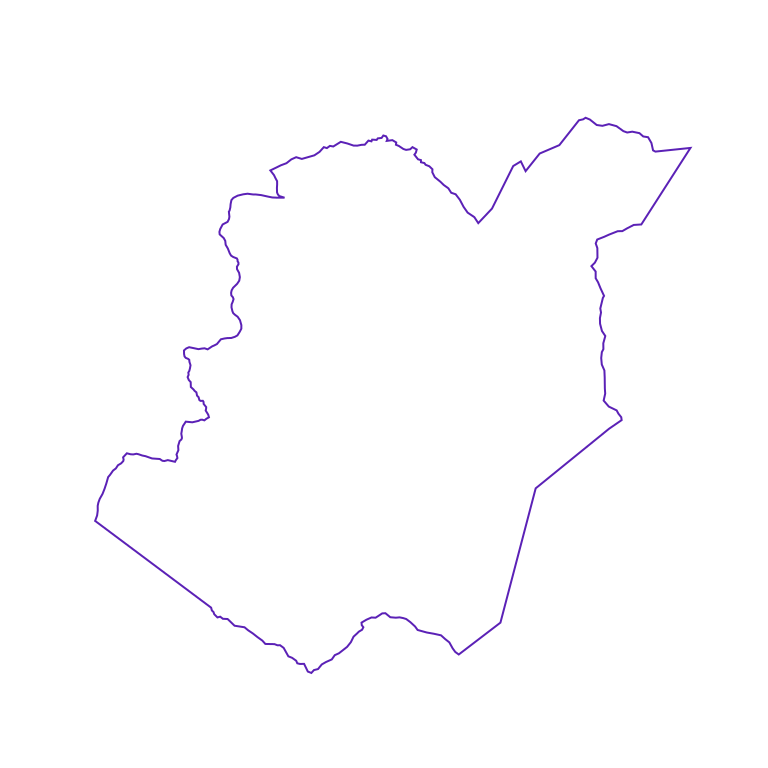 the district of Gumine District, Chimbu, Papua New Guinea, rotated 10°
{"feature_id": "67681753B36578207739625", "entity_name": "Gumine District", "entity_type": "district", "adm_level": 2, "iso_a3": "PNG", "parent_name": "Papua New Guinea", "parent_adm1": "Chimbu", "projection": "orthographic", "projection_center": [144.798, -6.194], "detail": "fine", "context": "isolated", "style": "outline", "palette": "violet", "viewbox_px": 768, "rotation_deg": 10, "n_neighbors": 0, "source": "geoboundaries", "source_scale": "gbopen_adm2", "svg_char_len": 4458}
<svg xmlns="http://www.w3.org/2000/svg" viewBox="0 0 768 768"><g transform="rotate(10 384 384)"><path d="M123.3,569.0L252.6,634.3L253.8,636.9L255.7,638.2L256.8,640.2L260.5,642.8L263.1,641.6L266.1,643.2L270.8,642.6L272.9,644.0L278.8,648.0L288.9,647.8L292.9,650.1L298.1,652.4L303.3,655.2L308.7,657.8L312.3,660.6L321.3,659.2L324.4,659.8L327.0,659.3L331.0,661.3L337.1,668.8L341.0,669.6L345.6,671.8L347.1,674.1L349.7,674.3L353.9,673.5L358.9,680.4L362.6,681.2L364.7,677.9L368.5,676.2L371.4,671.0L375.1,667.9L380.4,664.3L382.6,659.6L386.4,657.0L393.3,649.3L396.2,644.0L397.9,638.1L400.9,634.2L402.2,632.3L405.1,629.8L405.9,627.1L404.0,625.4L403.3,622.9L407.6,619.2L412.2,616.1L416.3,615.6L418.5,613.6L422.1,610.2L425.2,609.5L430.7,612.6L436.2,612.1L439.9,611.1L443.6,611.2L446.7,611.6L451.4,614.0L456.7,617.4L459.8,620.4L469.3,621.3L476.4,621.3L483.8,621.6L488.6,624.6L493.2,627.1L497.5,632.4L500.7,635.5L504.6,637.4L540.1,598.8L551.5,460.4L613.4,389.0L624.3,378.3L623.4,375.5L620.0,372.5L617.7,369.6L609.3,367.2L603.2,362.2L603.5,355.0L602.3,350.2L600.2,339.2L598.7,332.4L595.1,327.0L593.4,320.7L593.0,314.8L594.0,311.6L592.9,305.8L593.6,298.3L589.4,293.9L586.3,287.1L585.2,281.6L585.3,275.9L583.9,272.1L584.6,261.2L585.4,259.0L580.7,252.3L577.1,246.6L574.1,243.1L572.9,236.5L567.8,231.9L570.6,227.9L572.3,222.6L570.5,213.1L568.1,208.8L568.9,204.7L575.3,200.8L579.7,197.8L587.7,192.9L592.1,192.1L596.5,188.4L602.3,184.0L609.7,182.2L644.8,98.3L610.9,108.0L608.4,107.2L605.5,100.2L601.2,95.1L596.3,95.2L592.0,92.6L584.7,92.4L579.8,94.1L575.8,93.4L568.2,89.7L560.4,89.0L554.3,91.8L548.5,92.0L540.8,87.8L536.3,86.8L534.1,88.8L530.2,90.4L515.2,118.3L497.3,130.0L486.5,149.8L480.1,141.0L473.4,146.9L459.9,192.5L448.9,209.2L444.0,204.0L436.6,200.7L431.6,195.7L426.7,189.4L421.6,184.7L417.0,184.0L413.4,180.1L408.2,177.6L404.4,175.0L398.1,171.5L394.8,167.1L394.4,164.1L390.8,161.7L386.9,160.9L385.4,159.4L381.9,159.2L381.5,157.1L378.5,156.8L374.1,152.9L375.2,150.6L375.5,147.4L370.9,145.8L369.0,148.3L365.1,149.6L362.3,149.2L357.3,147.0L354.2,146.3L354.1,144.0L349.9,142.4L344.5,144.1L344.9,142.0L343.0,139.7L340.2,139.4L338.9,142.1L335.2,143.2L334.4,144.9L329.9,145.4L329.5,147.2L326.4,147.0L323.5,151.7L320.5,152.3L316.3,153.9L312.7,154.5L306.2,153.5L299.4,153.0L292.8,158.9L289.4,158.9L286.8,161.6L283.6,161.2L280.2,166.6L275.7,170.9L264.0,176.6L258.1,175.9L253.7,178.9L249.6,183.5L244.5,186.5L240.0,189.8L235.0,193.4L239.4,197.4L241.5,200.3L243.5,202.8L244.1,206.0L244.5,209.5L245.4,213.9L246.6,215.8L248.3,217.1L253.7,217.8L246.2,219.1L241.5,219.7L237.4,219.6L230.3,219.3L225.1,219.6L221.8,220.1L216.6,220.3L212.5,221.6L207.2,223.9L203.3,226.9L201.8,229.4L201.7,233.5L202.0,236.8L201.8,240.1L201.3,241.2L202.7,246.1L202.7,248.5L201.8,251.5L197.4,254.9L195.8,259.8L195.5,262.8L196.2,265.2L200.8,268.1L202.8,270.6L203.9,274.4L206.7,277.7L209.4,282.1L211.1,284.1L213.4,285.1L217.3,285.9L218.2,287.1L218.5,288.6L219.5,289.6L219.9,291.3L218.8,294.0L219.3,296.4L222.0,299.7L223.5,303.8L223.5,307.4L222.0,310.8L218.7,315.4L217.7,318.2L217.6,320.8L218.3,323.3L220.1,324.8L221.1,326.5L220.7,329.5L220.1,332.0L220.5,335.0L222.1,338.7L223.2,340.4L225.2,341.7L228.2,343.2L231.1,346.2L233.3,350.8L233.9,354.3L232.9,357.5L231.2,361.6L229.0,363.4L225.6,365.2L221.7,366.0L218.9,366.9L215.6,368.3L212.5,373.7L210.0,375.6L208.3,376.7L204.3,380.5L201.1,380.0L198.3,380.8L195.2,381.9L189.3,381.7L185.7,381.6L183.1,383.3L181.2,385.7L181.9,389.2L182.8,391.5L184.2,392.7L186.8,393.3L188.0,394.0L188.6,396.1L190.2,399.1L190.2,402.3L190.0,404.9L189.3,406.7L190.0,408.9L189.4,411.3L191.1,414.0L193.3,415.7L194.3,420.5L197.4,422.5L198.7,423.7L200.7,424.8L201.9,427.9L203.7,429.2L204.9,431.8L206.2,432.5L208.5,432.0L209.3,432.8L209.9,435.0L212.9,437.6L213.1,439.2L213.0,441.1L216.2,444.7L217.4,447.2L215.2,449.0L213.4,451.0L211.1,450.7L209.5,451.1L207.8,452.5L201.9,455.0L195.3,455.5L194.7,457.0L193.3,460.2L192.9,462.8L193.0,465.4L193.0,468.2L194.0,470.9L194.4,472.3L194.1,473.8L192.6,475.7L192.0,480.8L193.0,484.9L191.9,489.5L192.7,490.9L193.4,492.8L192.2,495.2L191.7,496.9L184.3,496.5L181.1,498.0L179.1,498.1L176.2,496.8L168.5,497.6L161.7,496.5L158.3,496.4L154.5,495.8L152.3,495.7L149.3,496.9L146.6,497.2L142.8,496.9L139.8,501.5L140.7,503.7L140.6,505.2L138.9,507.8L136.1,510.2L134.6,513.7L132.2,516.3L130.0,521.0L128.5,523.6L127.8,530.3L127.0,535.7L125.9,541.1L124.0,546.5L123.3,550.4L123.2,553.7L124.1,558.5L124.3,563.3L123.3,569.0Z" fill="none" stroke="#5b21b6" stroke-width="2"/></g></svg>